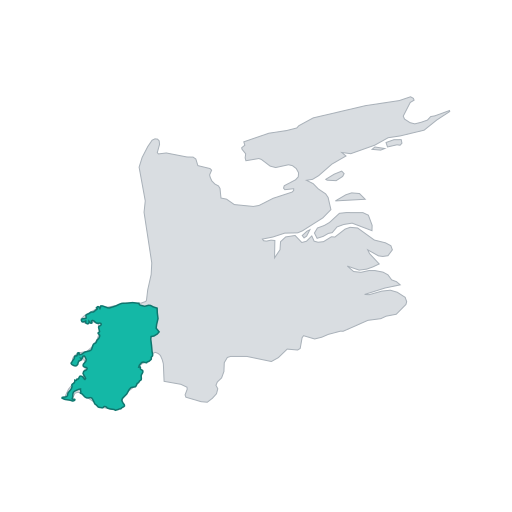 location of Rangpur within Bangladesh, rotated 263°
{"feature_id": "BGD-5492", "entity_name": "Rangpur", "entity_type": "Division", "adm_level": 1, "iso_a3": "BGD", "parent_name": "Bangladesh", "parent_adm1": "", "projection": "natural_earth1", "projection_center": [88.983, 25.892], "detail": "fine", "context": "in_parent", "style": "filled", "palette": "teal", "viewbox_px": 512, "rotation_deg": 263, "n_neighbors": 0, "source": "natural_earth", "source_scale": "10m", "svg_char_len": 7520}
<svg xmlns="http://www.w3.org/2000/svg" viewBox="0 0 512 512"><g transform="rotate(263 256 256)"><path d="M178.6,372.2L178.5,359.2L170.7,333.4L171.1,330.6L169.4,318.2L167.4,311.4L166.5,304.1L171.1,293.5L169.3,291.8L158.9,288.6L157.6,285.9L159.8,275.6L152.4,265.8L149.4,258.4L157.4,234.8L159.4,218.4L158.8,215.2L154.0,211.5L145.3,210.1L139.2,207.0L135.7,202.3L132.6,200.5L128.9,201.9L124.1,200.0L120.1,195.4L116.8,189.8L118.1,183.7L124.4,169.2L126.8,168.7L132.2,171.5L134.2,171.5L137.8,165.8L142.8,149.5L160.3,150.9L164.5,150.3L168.9,149.0L171.2,147.0L172.6,144.4L172.1,142.1L166.7,139.0L164.7,136.7L163.2,130.2L161.6,127.7L151.1,127.4L145.6,124.4L142.6,121.7L137.3,112.8L130.7,106.2L124.4,104.6L122.0,102.5L120.7,99.1L121.4,94.2L124.6,84.7L142.0,64.4L142.4,62.1L141.8,59.5L136.7,56.3L136.4,54.7L137.8,50.4L140.7,49.9L146.7,53.7L152.7,60.0L156.4,65.6L156.5,70.0L161.2,70.9L165.2,72.9L169.3,72.3L171.9,73.4L173.7,73.0L174.3,70.4L170.9,64.0L172.6,61.3L176.6,61.5L179.4,63.9L181.5,68.8L181.9,76.5L186.6,83.4L192.8,88.3L197.6,90.6L203.4,92.2L208.4,90.6L210.8,85.8L209.7,81.5L210.5,77.6L212.5,75.5L215.6,75.6L217.9,78.7L224.7,95.2L223.3,102.6L224.9,122.7L223.2,136.0L224.3,141.0L225.4,141.9L235.6,144.4L250.4,149.7L261.8,151.7L313.0,150.2L324.2,152.8L358.4,150.8L367.7,155.0L377.8,161.9L383.6,167.0L384.6,170.0L384.0,172.5L382.1,173.9L378.6,173.9L370.6,170.6L369.2,171.6L369.2,179.5L362.7,199.5L361.8,205.6L359.6,208.1L352.8,209.3L348.4,221.0L346.6,222.4L342.1,219.8L339.4,220.2L335.9,221.3L332.4,224.0L330.1,227.3L327.4,228.5L317.8,228.3L316.0,233.7L309.7,240.7L305.5,259.4L305.8,265.2L311.2,280.1L315.0,299.5L316.4,301.4L318.2,301.6L318.3,292.7L320.0,291.6L322.3,292.6L326.8,304.5L329.4,307.6L333.4,308.4L337.9,306.6L341.3,303.1L342.6,299.3L341.4,286.3L343.5,281.0L351.2,273.1L352.4,270.7L351.8,257.6L354.7,257.2L358.7,258.2L363.7,255.1L365.2,255.0L367.3,258.4L370.8,257.8L376.3,283.7L376.8,301.9L378.1,312.1L380.1,314.4L386.1,329.6L391.9,383.2L392.8,417.2L395.2,428.8L393.3,431.4L391.4,431.9L389.6,427.8L376.9,419.2L373.8,420.1L369.6,425.1L367.8,429.7L368.6,436.3L370.0,442.7L373.1,446.4L373.3,450.5L376.8,465.8L375.8,465.9L368.9,451.9L360.4,438.2L357.6,413.7L357.3,401.6L351.5,387.3L346.0,362.5L348.3,353.7L344.3,357.5L338.0,342.6L328.1,328.0L325.2,321.5L325.0,315.3L320.8,321.6L315.0,326.0L309.2,332.7L305.3,334.7L292.9,336.0L285.7,327.0L275.3,305.1L273.9,300.2L275.2,287.3L272.8,275.1L272.0,264.4L270.2,265.4L269.5,268.3L269.9,272.8L269.1,276.6L251.9,274.2L259.3,280.6L267.2,282.1L271.3,287.8L271.6,297.3L263.8,303.1L264.5,307.9L269.1,313.8L263.6,315.5L262.1,319.3L262.0,324.8L265.9,333.2L265.2,336.6L271.8,347.6L273.0,352.9L271.4,360.3L257.4,375.4L253.3,386.1L249.8,391.1L245.5,392.1L240.2,387.0L240.1,381.8L241.2,377.6L248.5,367.6L244.5,369.0L233.1,377.3L230.9,370.6L229.5,364.3L229.4,356.7L234.9,345.4L228.7,351.0L227.0,358.1L227.8,366.5L227.0,372.4L224.5,380.1L221.2,384.7L215.8,387.7L213.4,392.3L209.8,395.6L208.5,380.1L204.6,359.1L203.8,363.6L205.8,376.6L205.7,385.1L202.8,391.8L196.8,399.0L192.3,400.0L189.6,398.9L181.1,388.1L180.4,377.8L178.6,372.2ZM282.8,372.5L272.3,375.0L267.0,374.2L276.9,355.4L276.6,346.9L275.0,340.0L269.9,334.5L269.6,330.5L267.3,325.1L266.1,318.8L271.7,316.8L276.3,320.4L278.0,327.6L280.3,333.0L288.2,344.0L288.1,350.8L286.0,367.4L282.8,372.5ZM305.4,366.3L299.0,371.3L301.0,341.5L305.8,352.6L307.0,358.6L305.4,366.3ZM329.8,351.4L327.0,353.5L324.4,351.7L321.0,344.7L322.6,335.8L323.6,334.6L327.7,343.6L329.8,351.4ZM353.8,414.3L350.2,414.6L348.4,412.5L349.2,409.5L348.2,399.8L352.8,398.9L354.6,407.0L353.8,414.3ZM349.7,387.3L347.0,396.9L345.9,392.6L347.7,384.2L349.7,387.3ZM274.4,309.6L275.5,312.7L269.6,308.7L268.1,305.9L270.7,304.4L274.4,309.6Z" fill="#d9dde1" stroke="#a8b0b8" stroke-width="1"/><path d="M223.9,131.4L223.4,133.3L223.4,134.0L222.4,134.2L221.5,134.8L221.1,135.4L221.0,135.9L219.6,139.4L220.2,143.3L219.8,145.2L218.9,146.6L218.2,147.5L217.7,148.5L216.3,151.5L211.7,151.1L205.8,151.1L200.1,149.0L196.5,148.1L192.5,150.6L190.6,148.5L189.0,144.9L188.9,142.1L186.4,141.4L179.9,141.4L174.0,141.2L171.0,141.4L169.6,141.2L168.6,140.1L168.3,139.7L167.0,139.6L166.4,139.5L166.0,139.1L164.6,137.1L164.3,136.4L164.3,135.7L164.1,135.1L163.4,134.5L163.4,134.1L164.4,131.5L164.4,130.0L163.8,129.1L163.1,128.3L162.3,127.4L161.8,126.9L160.0,126.1L160.0,127.4L159.4,127.7L158.9,127.6L158.3,127.5L157.8,127.6L157.2,128.2L156.7,128.9L156.2,129.5L155.5,129.7L154.2,129.4L152.3,128.0L151.1,127.4L148.5,127.3L147.3,127.0L146.7,126.4L146.3,125.3L144.6,124.0L144.0,122.5L141.8,121.3L140.9,120.4L140.7,116.0L139.1,114.0L134.7,110.8L131.1,106.2L129.2,105.1L126.5,106.0L125.5,106.6L124.3,107.2L123.2,107.2L122.5,106.3L122.0,105.0L121.8,104.4L120.8,103.2L120.8,102.5L120.9,101.9L120.5,100.8L120.0,97.6L120.2,97.3L120.5,97.1L120.9,96.6L122.0,92.5L123.1,90.1L124.6,88.8L125.1,87.4L125.0,86.6L124.6,86.2L124.3,85.9L124.1,85.6L124.0,84.9L124.1,84.5L124.3,84.1L124.9,81.8L125.4,80.9L127.4,79.5L127.9,79.0L128.3,78.5L128.7,78.1L129.4,77.8L130.6,77.5L134.1,76.2L135.2,75.5L135.6,74.4L135.6,71.8L135.8,70.7L136.7,69.3L137.6,68.5L140.4,66.5L140.8,65.9L141.1,65.2L141.5,64.9L142.1,65.4L142.5,65.6L143.0,65.6L143.6,65.5L144.1,65.4L145.4,65.6L145.3,63.8L144.1,59.9L143.2,58.3L141.7,57.5L138.2,56.8L136.8,56.1L136.4,56.2L136.2,56.7L136.0,58.3L135.7,58.7L135.0,58.5L134.5,57.5L134.4,56.3L134.8,55.4L135.5,54.0L136.8,49.3L137.2,48.3L138.0,47.0L138.7,46.1L139.3,46.5L139.4,47.8L139.3,49.4L139.5,50.8L140.3,51.8L142.4,52.5L143.3,52.9L144.1,53.9L144.8,54.6L145.5,55.4L146.0,55.9L147.2,56.8L148.5,57.4L149.0,57.5L150.3,57.5L151.0,57.8L151.4,58.5L151.8,59.3L152.2,60.0L152.9,60.5L153.5,60.8L154.9,61.1L154.6,61.7L154.5,62.3L154.7,62.8L155.2,63.0L155.6,63.2L155.6,64.5L155.9,65.0L157.3,65.8L158.1,66.5L158.2,67.4L157.7,68.7L156.9,69.4L154.7,70.6L154.3,71.1L155.3,72.0L160.4,70.0L162.5,70.9L163.0,72.0L163.4,73.2L164.0,74.2L165.0,74.7L165.9,74.3L166.8,71.9L168.0,71.0L169.6,71.4L172.3,74.3L174.0,74.9L176.6,74.1L177.8,73.2L177.5,71.9L176.9,71.7L176.1,71.6L175.7,71.2L175.9,69.6L175.4,70.0L174.8,70.2L174.4,70.0L174.0,69.4L173.4,67.4L171.9,66.5L170.2,65.9L169.0,64.5L168.9,63.2L169.4,61.9L170.2,60.7L170.9,59.9L171.9,59.4L172.5,59.6L173.0,60.2L174.0,60.9L174.6,61.3L175.6,62.4L176.1,62.9L176.8,63.2L178.1,63.6L178.6,64.0L178.9,64.9L178.7,65.5L178.8,66.0L179.7,66.5L181.2,66.9L181.6,67.5L181.6,68.4L181.1,68.7L180.3,68.3L179.6,68.4L179.6,70.3L180.0,71.5L181.2,73.7L181.6,74.8L182.1,79.2L182.6,80.5L183.3,81.4L187.3,83.3L188.2,83.9L188.8,84.8L189.2,86.2L189.7,86.8L191.8,87.9L193.2,89.7L194.3,90.5L195.5,91.1L196.5,91.2L197.5,90.6L198.2,89.9L198.9,89.9L199.8,91.4L200.1,91.5L200.4,91.6L200.7,91.5L201.0,91.4L204.2,91.1L204.5,91.1L204.8,91.2L205.1,91.4L205.9,93.0L206.5,93.8L207.1,94.1L207.9,93.9L208.3,93.3L208.5,92.4L208.4,91.4L208.9,89.4L211.5,87.0L212.0,85.8L211.6,84.9L210.8,84.9L210.0,85.1L209.4,84.8L209.4,83.9L210.0,83.3L210.9,82.8L211.6,82.3L210.5,82.2L209.5,81.7L209.1,80.8L209.8,79.4L210.1,79.1L210.6,78.8L211.0,78.8L212.2,79.2L212.3,78.8L211.8,78.0L211.7,75.8L212.1,75.2L213.4,74.8L214.5,75.0L214.8,76.1L214.8,77.5L214.8,79.1L214.7,79.4L214.8,79.6L215.6,79.9L216.0,80.0L217.2,79.9L217.7,79.9L218.4,80.5L218.8,81.6L219.1,82.8L219.5,83.8L220.3,85.0L220.4,85.9L220.3,86.8L220.3,88.0L220.7,88.7L221.9,90.4L222.4,91.4L222.7,91.9L223.1,92.0L223.5,91.8L223.9,91.4L224.0,91.3L225.0,92.5L224.9,93.5L224.0,94.2L222.9,94.7L224.0,95.4L224.9,95.5L225.4,95.9L225.1,97.7L222.6,102.6L222.3,104.4L223.5,110.8L224.8,114.5L225.4,117.3L224.9,122.4L224.8,127.8L223.9,131.4Z" fill="#14b8a6" stroke="#0f766e" stroke-width="1.5"/></g></svg>